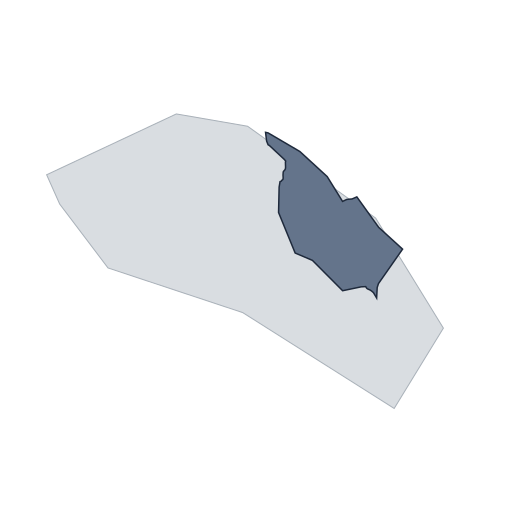 location of Saint David within Dominica, rotated 315°
{"feature_id": "DMA-1433", "entity_name": "Saint David", "entity_type": "Parish", "adm_level": 1, "iso_a3": "DMA", "parent_name": "Dominica", "parent_adm1": "", "projection": "orthographic", "projection_center": [-61.287, 15.413], "detail": "fine", "context": "in_parent", "style": "filled", "palette": "slate", "viewbox_px": 512, "rotation_deg": 315, "n_neighbors": 0, "source": "natural_earth", "source_scale": "10m", "svg_char_len": 1010}
<svg xmlns="http://www.w3.org/2000/svg" viewBox="0 0 512 512"><g transform="rotate(315 256 256)"><path d="M337.5,439.5L245.9,461.5L206.6,286.7L142.9,159.8L153.9,80.5L165.4,50.5L300.1,99.2L341.8,158.3L367.4,313.8L337.5,439.5Z" fill="#d9dde1" stroke="#a8b0b8" stroke-width="1"/><path d="M350.2,175.3L351.6,177.5L360.9,213.1L362.5,250.2L355.8,278.6L360.2,280.2L364.3,283.6L369.1,285.5L363.0,322.5L364.5,354.8L323.1,362.1L319.4,364.0L311.6,371.0L313.1,365.1L313.1,364.0L312.9,362.1L312.5,360.4L311.7,358.4L311.5,357.6L311.5,356.9L311.9,355.2L308.6,352.2L292.7,341.8L292.8,299.0L285.8,281.6L302.7,241.2L321.1,223.6L325.6,220.4L326.0,220.6L326.4,220.8L326.7,220.9L327.0,220.9L327.7,220.7L328.1,220.8L328.8,220.9L329.1,220.9L329.8,220.5L330.6,219.8L332.3,217.9L334.7,215.8L335.1,215.7L335.4,215.6L337.0,215.5L337.5,215.5L338.0,215.3L338.6,215.0L339.6,214.2L343.1,210.5L343.7,210.1L344.1,209.9L344.3,207.9L343.6,187.4L343.2,185.9L344.8,182.2L350.2,175.3Z" fill="#64748b" stroke="#1e293b" stroke-width="1.5"/></g></svg>